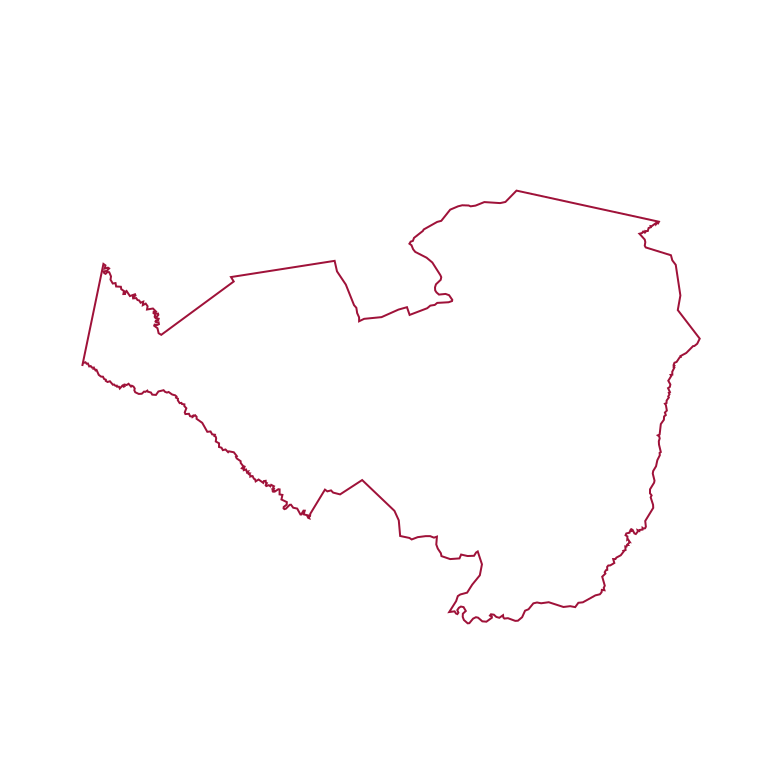 the district of Zambezi, North-Western, Zambia, rotated 12°
{"feature_id": "96606910B76619304368438", "entity_name": "Zambezi", "entity_type": "district", "adm_level": 2, "iso_a3": "ZMB", "parent_name": "Zambia", "parent_adm1": "North-Western", "projection": "mercator", "projection_center": [22.726, -13.599], "detail": "fine", "context": "isolated", "style": "outline", "palette": "rose", "viewbox_px": 768, "rotation_deg": 12, "n_neighbors": 0, "source": "geoboundaries", "source_scale": "gbopen_adm2", "svg_char_len": 6125}
<svg xmlns="http://www.w3.org/2000/svg" viewBox="0 0 768 768"><g transform="rotate(12 384 384)"><path d="M84.6,324.9L85.1,429.1L85.2,426.1L87.5,424.8L88.9,426.0L90.1,425.5L92.0,428.1L93.4,427.4L94.7,428.6L96.7,428.3L96.6,429.5L97.8,429.4L99.0,430.7L99.9,430.0L103.1,434.4L105.7,435.6L107.6,435.3L109.2,437.3L111.0,437.6L111.2,438.8L113.2,439.5L115.3,438.3L119.0,441.1L120.0,440.6L121.6,441.6L123.0,441.2L123.4,442.1L125.4,441.8L126.5,443.3L128.5,439.9L129.9,440.8L130.5,440.3L129.4,439.7L130.1,438.5L132.5,438.5L134.1,436.9L137.1,439.1L137.7,438.1L139.5,438.6L141.1,440.2L141.1,442.1L142.4,443.8L146.2,444.7L149.1,443.9L150.9,441.3L152.2,441.3L153.9,439.7L154.5,440.6L157.8,440.8L159.5,442.6L163.2,442.1L164.9,438.2L169.7,435.9L171.5,437.2L173.5,437.5L175.0,436.6L178.9,438.3L182.1,438.5L183.7,439.4L183.4,440.6L185.5,441.2L185.7,442.8L188.1,445.2L189.8,444.6L190.6,445.6L193.0,445.4L193.3,447.1L195.7,448.8L195.0,453.2L196.0,454.7L199.4,453.7L201.0,455.8L202.8,455.8L203.5,455.0L203.7,455.9L205.7,453.8L207.5,455.0L207.9,457.0L214.3,459.8L221.1,467.5L224.2,466.5L226.4,469.0L229.1,468.8L228.9,470.1L230.2,470.4L231.1,471.9L231.4,475.2L235.0,476.3L235.7,479.9L238.3,480.1L240.1,482.2L242.6,481.0L245.7,483.1L246.3,482.1L251.3,482.0L255.1,485.2L254.3,486.0L255.4,487.4L259.8,489.3L260.3,491.1L263.2,493.5L264.8,493.8L264.6,494.9L263.3,494.5L262.5,496.0L264.6,496.4L264.8,497.4L266.8,496.3L268.1,498.5L269.2,497.9L268.8,499.3L271.2,499.3L270.6,500.3L272.5,501.2L272.5,502.3L274.6,501.4L276.4,503.7L277.8,504.1L278.7,505.9L281.2,503.5L286.4,505.8L286.6,504.0L288.4,503.3L288.9,505.1L290.0,505.3L289.3,507.6L290.1,508.3L292.4,506.9L294.1,507.7L294.6,506.1L297.6,506.9L297.1,508.0L298.1,509.1L296.8,510.0L298.6,511.0L297.4,511.9L297.9,512.4L299.5,512.0L302.5,508.9L303.8,508.8L304.8,513.7L307.7,513.6L307.7,518.3L313.5,519.7L313.9,522.2L311.5,525.1L311.6,526.5L312.6,527.1L314.0,526.3L316.9,521.8L318.1,521.4L320.9,523.9L325.0,523.9L329.4,529.0L330.1,528.9L331.6,524.6L332.8,524.4L332.5,528.2L335.8,528.3L337.7,530.7L338.9,530.9L337.5,528.3L339.1,528.3L338.9,526.2L348.2,499.6L350.9,500.8L354.3,499.1L356.8,500.8L364.0,501.1L382.6,482.5L420.6,505.9L426.8,514.3L431.4,529.3L440.9,529.3L443.4,530.3L448.8,526.8L456.5,524.1L460.7,523.2L464.8,523.9L467.5,522.3L468.5,530.1L470.8,533.8L474.8,537.7L476.0,540.4L485.1,541.5L494.1,538.9L494.9,534.8L501.5,534.9L507.8,533.3L509.1,529.7L510.5,528.3L517.3,540.0L517.5,551.2L512.0,561.9L508.7,570.8L502.4,574.0L500.3,576.1L499.7,581.4L495.2,593.5L500.3,591.7L502.1,593.5L503.6,593.8L504.3,592.2L502.7,589.9L503.8,587.3L505.5,585.7L508.2,585.7L511.2,589.0L508.9,592.3L509.4,595.4L511.2,598.2L515.6,600.7L517.2,600.2L519.9,595.0L522.4,593.0L524.6,593.0L529.5,595.7L533.6,595.2L538.1,590.2L537.8,589.1L535.8,588.5L536.5,587.0L539.4,586.8L542.3,588.5L545.4,588.7L548.5,585.4L549.3,587.6L550.5,588.4L553.9,587.3L561.6,588.4L564.2,587.7L567.6,583.4L569.1,576.4L572.2,574.3L575.7,567.5L579.1,565.9L583.3,565.8L590.5,563.2L605.9,564.8L612.3,562.6L617.4,562.5L619.6,557.6L623.9,556.2L634.7,546.8L638.9,544.8L640.1,542.5L639.9,540.1L642.5,539.9L641.3,537.8L641.9,535.4L637.5,527.1L640.0,523.4L639.0,522.2L639.8,520.0L641.0,519.4L640.3,516.5L641.1,514.9L643.0,514.4L646.5,511.2L644.6,507.6L646.8,507.1L647.4,505.5L651.2,502.3L653.3,497.9L652.8,497.4L654.8,496.2L653.8,492.7L655.0,492.6L655.2,491.0L656.0,490.8L655.4,490.4L656.9,488.3L656.6,487.4L657.2,487.4L654.8,485.0L654.3,485.6L653.8,482.5L651.7,481.7L652.1,479.8L655.1,478.4L655.1,477.0L656.8,476.3L655.6,475.4L656.0,474.6L657.5,475.0L660.0,478.1L661.5,478.4L663.0,475.4L662.4,474.2L664.4,474.7L664.4,473.6L667.1,472.7L666.8,471.0L667.8,471.5L669.4,470.8L669.8,469.1L668.0,463.7L673.1,449.2L672.3,446.2L668.4,439.4L668.9,437.3L666.9,435.6L666.1,431.7L668.7,424.4L668.7,422.3L665.5,415.7L665.4,413.1L667.2,407.9L667.2,401.7L668.6,396.3L667.9,394.1L668.9,393.0L665.6,386.1L664.7,382.8L665.0,379.9L664.1,378.1L662.5,377.3L664.1,376.1L663.1,365.6L665.2,360.8L664.7,357.5L666.1,355.8L664.7,353.5L666.2,351.2L664.1,346.0L662.9,344.9L664.3,343.9L663.9,341.4L665.4,338.0L664.6,337.1L665.4,334.6L664.4,333.4L665.4,332.5L662.7,329.0L664.2,327.4L664.2,324.9L661.4,321.7L663.3,316.4L662.5,315.5L664.1,314.9L663.4,312.1L664.6,307.5L663.7,307.1L664.3,305.7L663.3,305.3L663.7,302.8L665.6,301.6L667.7,296.4L668.7,295.8L668.2,295.0L673.2,290.8L678.4,282.7L679.7,282.3L682.0,279.5L683.4,274.0L656.0,250.6L655.5,235.8L644.6,206.8L640.3,203.1L637.9,198.4L611.6,196.0L610.3,194.5L610.1,190.9L609.0,188.5L602.6,183.9L605.0,182.7L605.8,181.0L607.1,181.6L607.5,180.4L608.1,180.9L608.3,180.0L610.2,179.5L610.4,176.4L612.4,175.2L611.9,174.1L613.0,174.0L616.3,170.3L616.8,171.3L617.7,169.6L618.7,169.9L619.2,168.1L473.4,167.3L464.9,180.7L460.0,182.9L444.3,185.2L436.4,190.5L431.8,192.2L429.7,191.8L423.4,192.9L419.5,194.8L412.5,199.7L406.1,212.5L402.3,214.4L390.7,224.6L390.2,226.2L383.0,234.8L382.5,238.0L380.5,239.2L379.7,241.5L382.0,242.5L384.5,246.2L387.1,248.3L399.4,251.6L406.0,255.1L416.5,265.8L417.8,267.6L417.8,270.3L414.1,275.7L413.8,278.9L414.6,281.8L416.3,283.5L419.2,285.1L425.5,283.1L429.2,283.6L433.3,287.5L433.3,288.7L430.2,290.6L419.2,293.6L417.2,296.1L413.0,297.7L410.5,300.9L394.7,311.1L390.5,304.1L382.7,308.2L367.7,319.1L351.0,324.4L346.6,327.8L345.8,324.0L343.0,320.2L341.1,315.2L338.3,313.1L326.0,294.7L314.6,283.6L310.1,273.8L212.1,311.2L215.7,315.0L155.9,382.2L153.0,381.2L150.8,376.5L147.1,374.8L147.3,373.6L149.6,373.6L151.4,372.3L150.7,370.5L148.6,371.1L147.5,370.5L147.7,369.4L149.9,368.4L150.0,367.0L146.8,367.0L145.7,366.0L145.7,364.5L146.7,365.5L147.9,365.3L148.9,363.3L148.3,362.1L145.2,363.1L143.8,362.6L143.7,361.4L145.5,361.4L146.0,360.6L142.3,358.2L136.7,360.4L136.6,357.1L134.2,354.9L131.7,357.0L131.4,353.5L129.0,355.1L127.2,353.2L125.4,353.1L123.8,351.5L120.8,352.4L120.4,351.1L122.5,349.1L121.8,348.0L117.2,350.8L112.8,346.5L112.0,347.4L112.0,349.8L110.4,350.2L110.3,347.1L107.3,345.9L106.4,343.6L101.7,344.3L100.4,341.1L97.8,342.1L94.8,338.8L94.6,335.5L92.0,331.8L90.2,331.9L88.8,334.1L87.4,333.8L86.3,332.1L89.3,331.1L91.1,328.1L89.8,327.6L86.8,329.2L86.9,325.9L84.6,324.9Z" fill="none" stroke="#9f1239" stroke-width="2"/></g></svg>